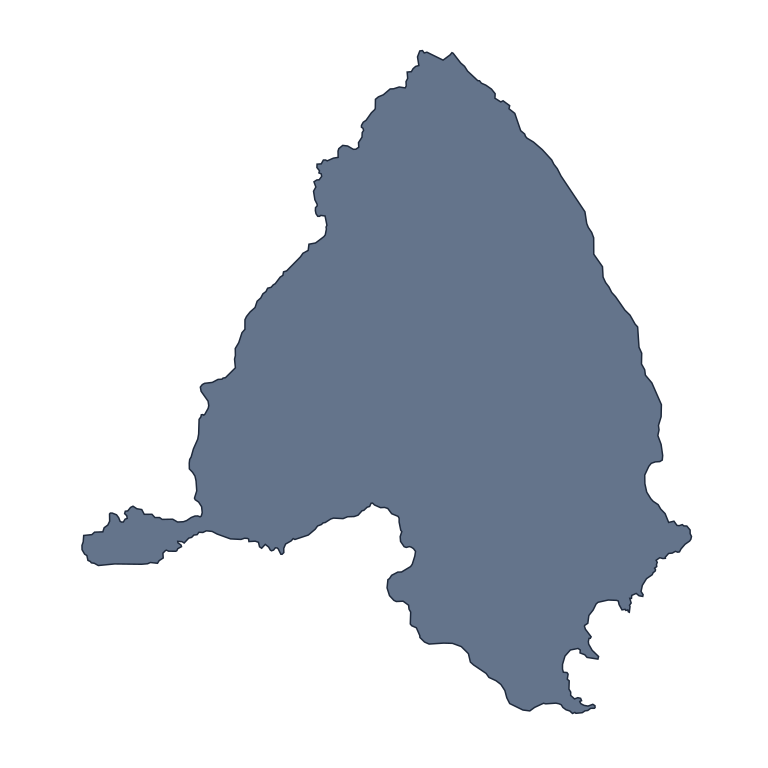 Santa Cruz, Guanacaste, Costa Rica (orthographic projection), rotated 179°
{"feature_id": "36466004B7119067190129", "entity_name": "Santa Cruz", "entity_type": "district", "adm_level": 2, "iso_a3": "CRI", "parent_name": "Costa Rica", "parent_adm1": "Guanacaste", "projection": "orthographic", "projection_center": [-85.683, 10.236], "detail": "fine", "context": "isolated", "style": "filled", "palette": "slate", "viewbox_px": 768, "rotation_deg": 179, "n_neighbors": 0, "source": "geoboundaries", "source_scale": "gbopen_adm2", "svg_char_len": 6107}
<svg xmlns="http://www.w3.org/2000/svg" viewBox="0 0 768 768"><g transform="rotate(179 384 384)"><path d="M683.1,212.8L680.8,211.7L679.7,210.3L676.8,209.8L672.8,207.5L656.4,208.8L629.6,208.0L623.5,208.4L620.7,209.6L613.6,208.7L611.9,211.3L607.8,213.9L608.0,218.7L605.5,221.2L604.5,221.7L602.3,220.6L595.1,220.4L594.1,220.9L593.0,223.0L589.3,224.9L589.7,226.5L592.8,228.8L593.0,230.3L588.7,229.9L586.6,228.5L581.9,233.3L579.0,234.0L576.7,236.3L573.5,236.6L571.6,239.0L567.7,238.7L564.2,240.3L558.4,239.6L553.5,236.9L540.2,231.8L529.7,231.1L526.2,232.2L523.2,232.0L522.1,231.4L521.8,228.8L515.5,229.1L512.3,227.9L511.3,223.4L509.2,221.9L505.5,225.7L502.2,223.0L500.6,220.0L499.4,219.2L497.3,219.9L495.5,222.1L493.8,222.0L492.7,221.1L490.1,215.6L488.9,215.5L487.1,217.2L487.1,221.4L485.2,225.7L479.5,228.8L477.5,231.0L475.8,230.1L462.3,234.3L455.3,240.0L452.9,243.2L449.0,244.6L447.3,246.2L445.2,246.5L439.7,249.9L436.8,250.8L427.3,250.1L422.7,251.9L416.2,252.0L412.2,253.3L408.1,257.7L406.4,258.0L403.0,261.1L400.5,261.8L399.0,265.0L397.5,265.1L395.6,263.2L389.6,260.4L385.6,260.6L382.4,259.5L378.6,254.2L372.2,251.4L371.2,249.4L371.3,245.7L369.8,237.5L368.8,236.1L370.5,231.1L370.2,226.3L366.7,221.0L364.6,220.2L361.5,221.0L359.6,220.4L357.4,218.9L355.4,216.1L356.2,211.4L358.9,203.3L360.6,201.0L369.8,195.7L373.5,195.7L379.7,192.6L381.9,189.4L383.5,188.3L384.5,180.1L382.2,172.3L377.9,167.5L375.5,166.3L368.7,166.5L363.3,162.4L362.9,158.4L361.3,155.5L361.9,143.6L360.5,141.8L355.9,139.7L352.6,131.8L352.5,129.9L348.0,125.3L343.5,123.2L328.9,123.9L320.1,123.5L311.3,120.1L304.3,112.9L302.5,104.5L299.3,101.5L286.9,92.8L284.2,88.8L277.2,85.4L272.4,81.6L268.5,75.4L266.7,68.1L263.9,62.3L250.8,55.6L243.9,54.6L239.1,58.0L230.1,62.0L227.9,61.4L217.7,61.9L214.6,61.2L212.4,60.2L210.8,57.5L207.7,55.1L203.9,53.8L201.3,51.3L198.9,52.3L197.9,51.4L191.5,51.9L188.7,53.7L186.0,54.0L183.0,56.1L179.3,56.1L178.6,56.8L178.7,58.7L180.8,60.1L185.6,58.4L189.6,59.2L192.7,60.9L193.5,62.2L193.8,63.2L192.0,63.9L192.9,66.3L195.7,67.0L199.0,65.8L202.8,69.4L202.7,72.7L204.4,75.7L204.0,84.0L205.9,85.6L205.0,90.7L206.1,92.3L209.7,92.7L210.5,95.8L210.4,100.5L207.8,108.8L202.3,114.8L194.6,116.2L192.4,114.6L192.7,111.7L188.0,109.8L185.8,107.1L174.9,105.2L174.2,107.8L180.5,114.1L183.9,120.3L184.2,123.0L183.4,126.1L182.2,126.1L181.3,127.6L186.9,135.3L187.8,138.2L187.6,139.1L184.4,141.2L183.2,149.0L178.8,154.4L175.8,160.3L173.8,162.0L163.6,164.1L155.1,163.6L153.5,162.9L152.8,159.3L150.0,154.0L146.9,154.5L146.2,153.4L144.2,153.8L143.7,152.0L142.7,151.5L141.9,157.2L142.4,158.5L140.7,160.7L142.0,165.4L140.3,165.3L140.0,168.3L135.5,170.2L132.7,167.8L129.0,167.1L128.6,168.8L130.6,172.1L129.2,178.2L124.9,184.8L119.2,188.6L118.2,190.6L116.0,192.4L115.8,193.8L116.7,195.1L114.5,196.7L114.7,198.9L113.9,200.9L115.0,203.0L111.3,205.5L108.2,204.6L105.7,204.8L105.8,205.9L102.4,209.6L98.7,209.9L95.6,211.6L93.2,210.7L91.5,211.0L89.9,213.9L85.8,218.5L81.2,221.6L79.9,223.4L79.2,226.2L80.5,229.0L80.5,232.7L83.7,236.7L86.7,236.9L88.2,238.2L91.4,237.2L93.5,237.5L96.5,241.8L101.8,240.6L105.2,249.5L109.5,254.1L112.0,258.6L116.9,262.0L119.2,264.6L123.2,271.3L124.9,279.8L124.9,288.4L120.7,297.0L118.2,300.0L114.1,301.4L109.6,301.6L107.1,303.1L106.6,307.6L108.0,318.8L111.1,327.7L109.8,333.3L110.3,337.8L107.5,346.4L107.0,358.5L116.2,380.5L122.5,388.3L123.1,393.7L126.2,399.5L125.8,410.3L128.4,416.3L129.4,436.6L131.9,439.5L136.8,448.5L141.9,453.7L151.0,467.3L154.7,471.5L157.4,477.1L160.7,481.6L163.1,487.1L163.5,497.5L172.0,510.1L171.8,526.5L173.7,531.9L177.0,537.0L178.5,540.9L180.1,552.7L203.4,588.9L207.0,596.3L210.3,600.7L212.4,605.1L221.7,615.6L230.3,623.3L236.7,627.3L238.2,629.1L239.0,631.5L242.9,634.9L248.5,652.3L254.2,657.0L253.5,660.1L260.0,665.1L262.3,664.0L268.1,667.8L267.8,672.3L271.4,677.0L276.9,681.0L281.4,683.1L283.2,685.5L285.0,685.7L295.0,695.4L297.9,700.2L301.7,703.6L309.1,713.5L310.3,714.1L312.3,711.8L319.3,706.8L335.3,715.0L338.0,714.3L339.7,716.7L342.4,716.4L344.8,710.5L343.6,701.8L346.8,701.0L349.4,698.8L351.2,695.8L355.4,695.5L355.0,689.1L356.7,686.0L356.6,681.6L357.6,679.7L363.6,680.7L369.3,679.0L372.7,678.9L379.6,673.2L384.6,671.2L387.6,668.8L387.9,659.7L388.5,658.5L391.8,655.5L397.3,648.0L400.2,646.1L402.0,643.0L402.1,641.2L400.5,640.0L400.0,637.8L401.4,635.8L401.7,631.2L405.3,625.8L405.1,621.2L408.1,619.2L410.6,619.2L416.2,622.6L421.1,623.3L425.1,620.1L425.9,617.7L425.9,611.4L430.7,610.7L436.9,608.1L438.5,609.0L440.7,609.0L442.9,605.2L447.1,605.0L447.3,601.6L444.8,598.3L445.4,596.2L443.1,595.2L442.7,592.7L445.3,589.3L447.6,589.2L450.5,587.4L448.7,582.1L451.1,578.0L449.9,569.4L447.7,564.8L447.7,563.3L449.4,561.5L449.6,558.5L449.0,555.4L447.3,552.8L445.4,552.8L444.3,553.7L440.0,553.0L438.3,543.7L439.2,541.9L438.9,539.9L440.1,534.2L441.5,532.4L450.0,526.2L456.6,525.1L457.5,518.9L462.8,516.1L465.3,512.6L479.4,498.8L482.5,497.9L483.2,494.4L485.9,492.7L491.0,486.2L493.1,485.0L495.1,482.7L498.7,481.8L500.4,478.5L503.5,476.3L505.7,472.2L509.4,469.0L511.6,462.7L516.6,458.4L520.3,453.9L521.9,450.7L522.1,441.1L525.1,437.8L528.5,427.9L532.1,422.1L532.1,415.0L533.0,411.5L532.3,402.8L542.4,393.1L544.9,392.7L546.0,391.6L549.9,391.5L555.6,388.6L563.4,387.8L565.7,386.6L567.7,384.1L567.0,379.9L560.2,369.9L559.6,365.4L560.2,362.8L563.7,356.8L564.8,356.0L565.8,356.6L567.2,356.4L567.6,354.4L569.5,351.9L570.2,337.2L571.2,332.1L575.7,322.4L578.1,314.4L579.6,312.0L580.1,308.3L580.1,302.5L576.9,299.0L574.6,295.2L573.6,290.3L573.1,280.4L575.5,273.2L574.8,271.6L571.4,269.2L568.5,264.5L568.0,258.5L569.0,255.2L570.2,254.4L572.5,255.3L575.3,255.3L579.1,253.9L583.7,250.9L587.0,249.8L592.8,249.6L597.6,252.5L608.2,252.5L610.7,254.4L615.4,254.5L618.3,257.8L626.0,257.9L628.4,262.7L633.3,263.6L637.1,266.2L639.6,265.0L642.4,261.6L644.9,261.3L645.6,258.9L643.5,256.8L643.1,254.1L645.2,253.4L647.0,250.6L648.9,250.5L650.3,251.4L651.6,254.9L653.7,257.9L658.0,259.7L659.9,259.7L660.7,258.8L660.7,251.6L662.6,247.8L666.3,245.2L667.7,241.1L676.0,240.9L678.7,238.5L686.9,237.8L687.5,231.4L688.8,227.9L688.8,223.6L686.3,219.1L684.1,217.7L683.1,212.8Z" fill="#64748b" stroke="#1e293b" stroke-width="1.5"/></g></svg>